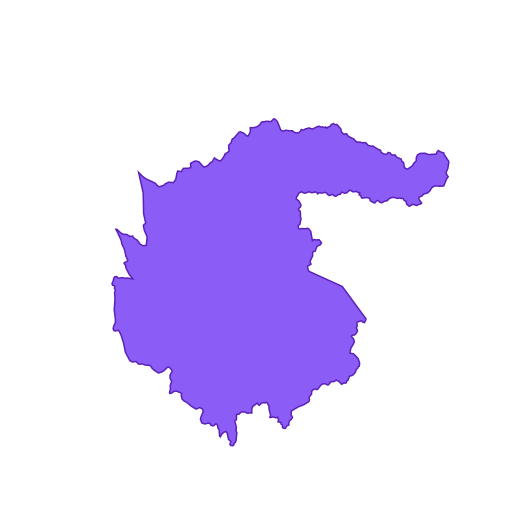 Tarma, Junín, Peru, rotated 28°
{"feature_id": "86281439B39213190692953", "entity_name": "Tarma", "entity_type": "district", "adm_level": 2, "iso_a3": "PER", "parent_name": "Peru", "parent_adm1": "Junín", "projection": "albers", "projection_center": [-75.639, -11.251], "detail": "fine", "context": "isolated", "style": "filled", "palette": "violet", "viewbox_px": 512, "rotation_deg": 28, "n_neighbors": 0, "source": "geoboundaries", "source_scale": "gbopen_adm2", "svg_char_len": 6147}
<svg xmlns="http://www.w3.org/2000/svg" viewBox="0 0 512 512"><g transform="rotate(28 256 256)"><path d="M373.3,76.9L370.5,77.4L367.4,77.3L367.0,79.6L367.4,81.0L367.0,81.5L360.9,85.4L356.7,86.0L352.6,88.5L351.1,90.9L351.4,94.1L352.6,96.3L352.7,97.3L351.8,100.0L351.7,103.2L349.0,108.1L348.4,108.4L345.6,108.3L342.3,104.1L340.3,103.9L338.7,102.3L333.6,102.7L331.5,101.4L329.0,102.8L327.8,102.9L325.9,102.0L324.1,102.5L323.5,105.0L320.6,106.0L317.5,105.6L316.9,104.6L316.1,104.2L312.7,104.5L307.6,104.0L305.8,105.1L303.3,105.7L299.9,104.5L298.8,104.7L297.0,106.1L294.8,106.4L291.9,107.9L290.2,107.8L287.4,106.8L281.6,107.0L278.6,105.6L277.8,105.9L276.8,107.1L274.7,106.9L273.4,106.4L271.1,103.9L265.7,101.9L264.3,102.9L262.2,102.7L261.7,103.8L260.7,104.4L260.7,106.7L259.0,108.5L258.6,109.7L256.8,109.4L256.1,110.6L254.3,110.7L252.7,111.7L250.8,111.8L249.3,113.1L246.4,117.3L242.3,118.2L241.5,119.4L240.1,120.3L238.9,122.6L236.8,122.9L236.5,123.5L236.8,124.5L235.7,127.4L233.3,128.6L230.3,128.8L229.5,128.2L227.3,129.5L223.0,131.1L221.4,133.1L218.6,133.1L212.0,127.4L208.7,126.2L207.3,126.5L206.1,130.3L201.8,132.2L200.5,133.5L198.6,134.5L198.0,135.5L197.6,138.5L196.1,141.6L193.6,143.8L190.7,145.4L192.9,149.6L192.6,153.8L191.3,154.3L187.7,153.3L183.9,153.7L182.9,154.6L181.0,162.9L180.1,163.7L180.8,167.9L180.0,170.4L180.1,171.6L183.0,176.2L180.6,180.9L181.0,182.1L180.7,186.5L179.8,188.9L177.3,189.3L173.2,189.0L173.1,193.3L171.9,195.0L171.0,198.8L168.6,201.9L166.4,201.5L161.5,199.6L158.7,200.2L157.1,201.2L154.7,204.9L156.9,208.6L154.9,210.4L150.7,212.7L150.4,216.6L147.0,217.7L147.3,220.1L149.2,226.0L148.6,230.0L144.1,231.9L141.6,235.6L141.5,236.8L138.2,240.2L136.0,240.2L132.8,239.0L123.1,239.5L119.1,239.1L113.1,237.3L126.8,253.3L136.9,271.4L143.2,278.8L143.2,279.3L142.3,280.6L142.3,282.1L145.4,285.8L150.9,290.2L154.2,298.2L150.8,300.1L148.0,299.9L143.8,297.8L139.9,297.6L137.7,296.3L135.5,297.9L131.9,297.6L128.2,299.2L125.4,299.0L121.0,297.8L119.1,298.3L120.7,298.7L129.5,305.4L132.1,308.5L136.8,312.0L141.4,317.4L144.8,320.0L144.9,320.8L142.8,323.9L142.9,324.4L145.3,325.6L147.0,327.8L152.9,331.9L158.0,334.0L152.4,336.0L150.5,337.3L148.0,337.9L145.5,339.8L144.1,340.2L142.9,339.5L141.1,340.5L140.8,342.2L141.7,345.4L141.8,348.0L143.1,349.1L145.1,348.6L146.5,351.4L147.9,352.0L148.3,354.8L151.5,359.8L156.2,370.3L161.7,378.1L163.2,381.2L163.2,384.3L163.9,387.1L165.2,388.4L166.0,388.5L166.9,388.3L169.3,386.3L170.8,386.8L174.2,389.4L179.8,394.9L186.0,402.4L193.6,407.5L195.3,407.8L196.9,407.4L199.8,405.4L202.7,406.6L204.5,406.0L205.8,404.8L209.6,404.2L214.2,402.3L216.5,403.7L219.3,404.6L224.8,405.1L227.0,403.0L228.7,400.1L230.1,395.8L231.0,395.0L232.0,395.1L235.1,396.2L236.1,397.1L236.0,401.6L237.8,404.6L240.3,406.1L241.1,410.8L242.9,413.6L243.7,417.2L244.6,417.8L245.8,416.8L247.1,414.1L248.9,412.7L253.7,412.2L254.9,412.2L255.4,414.2L257.7,416.9L260.1,417.7L264.2,417.8L269.2,419.0L275.0,419.3L277.4,416.3L279.8,416.2L280.8,416.5L282.4,418.0L282.9,423.5L283.6,426.3L286.5,428.8L289.5,428.4L292.9,425.6L293.7,425.5L295.8,426.6L297.8,426.2L298.6,425.3L299.2,423.1L300.0,422.9L301.5,423.6L303.5,426.1L304.9,426.6L308.5,432.2L309.5,432.3L309.4,429.2L310.7,426.2L311.8,425.1L313.8,426.0L317.8,430.8L320.8,431.6L321.5,434.7L322.7,435.1L324.4,434.5L325.1,433.7L324.7,431.3L325.3,430.2L325.0,428.2L322.0,420.9L320.5,419.8L319.2,416.6L315.0,412.0L314.8,411.3L315.6,409.7L313.2,405.2L315.2,403.6L316.1,401.0L316.8,400.2L319.4,399.0L322.4,398.9L324.6,397.0L326.0,396.7L324.1,393.0L323.7,390.6L326.1,385.3L328.2,386.3L329.1,386.2L329.6,383.9L331.2,382.0L332.9,381.6L333.5,380.3L334.7,380.3L337.7,382.4L339.8,385.6L343.5,389.5L344.0,392.0L345.2,391.4L346.3,390.1L349.5,389.6L350.7,388.2L352.9,390.1L353.2,392.1L356.1,391.3L357.0,392.6L358.9,393.0L359.9,395.1L362.2,394.9L362.8,394.4L363.1,391.1L364.4,389.7L363.6,388.7L362.9,385.9L363.9,383.6L364.0,381.4L361.5,379.7L360.0,376.2L364.2,369.3L368.1,364.8L371.1,359.7L370.6,357.7L369.2,355.7L369.9,351.9L368.7,349.4L369.2,347.1L370.8,345.6L372.7,345.3L373.1,344.6L373.8,339.9L374.7,337.9L377.3,336.2L379.1,336.4L380.1,336.1L381.0,333.9L380.7,332.3L384.0,330.1L385.0,328.0L388.0,327.8L391.8,329.1L393.2,326.9L395.0,326.1L395.0,323.4L395.7,322.0L395.1,320.0L395.1,318.1L397.2,316.1L398.0,313.7L398.3,311.0L397.7,309.5L398.5,307.2L398.2,305.9L398.9,304.8L397.8,301.9L394.3,298.6L390.3,297.2L387.9,296.6L384.4,297.7L383.0,292.5L383.3,288.6L383.1,285.6L381.3,283.6L378.0,282.2L378.2,280.6L379.8,279.8L380.6,278.4L380.9,275.0L380.2,273.7L378.3,272.5L378.2,270.2L376.6,267.9L376.4,266.8L379.4,263.8L381.7,264.3L383.1,263.8L382.9,260.7L382.5,259.8L346.4,242.4L310.0,244.7L308.8,243.9L306.5,241.4L306.7,240.1L308.4,237.6L308.2,237.1L306.6,236.2L306.2,235.0L306.0,229.3L304.6,226.8L304.4,225.7L304.8,224.9L306.0,224.1L305.3,218.8L307.5,216.0L307.7,213.6L304.1,212.0L301.4,213.7L299.4,214.2L298.6,216.0L292.8,208.6L289.5,207.1L288.2,207.5L286.5,209.0L283.7,210.1L282.1,211.6L280.8,211.7L279.0,209.6L279.9,207.2L278.2,201.9L276.4,199.8L275.3,197.5L273.8,195.6L271.8,195.3L271.4,194.3L272.3,191.6L271.7,189.8L267.9,187.2L264.7,186.8L264.1,184.8L264.5,182.5L264.1,180.8L265.9,178.0L269.2,177.9L271.5,175.9L272.2,174.6L275.7,173.9L278.3,171.6L279.9,171.4L281.3,172.2L282.3,170.3L284.4,169.7L287.3,167.3L289.0,167.3L290.3,168.1L292.5,168.2L294.5,165.7L296.9,166.2L298.5,165.8L299.7,163.3L301.5,161.9L301.7,159.5L302.6,159.1L304.5,159.1L306.3,157.9L307.9,153.7L311.6,153.8L314.3,151.9L316.3,152.0L317.9,151.2L318.2,153.5L320.3,153.5L321.7,155.1L322.5,155.1L326.5,152.3L329.3,151.7L331.0,153.6L335.5,153.7L336.2,153.0L336.3,151.6L337.2,149.9L338.5,149.8L340.1,150.4L342.1,150.0L343.4,147.7L345.9,145.5L346.8,142.6L347.8,141.3L350.2,139.5L354.0,138.7L355.4,137.5L357.4,137.0L358.9,136.1L360.8,137.4L362.8,137.3L364.6,139.5L367.9,140.2L370.3,136.7L374.1,136.0L375.3,134.2L376.6,133.2L377.4,131.4L373.7,129.7L372.4,128.2L372.4,127.4L374.3,125.2L375.0,122.5L377.9,119.9L378.9,117.1L379.1,113.6L379.7,112.1L381.2,110.0L386.0,107.9L388.9,106.0L388.1,98.8L388.5,95.8L386.3,94.7L384.6,93.0L384.3,88.7L382.3,82.9L381.6,81.9L375.3,78.5L373.3,77.3L373.3,76.9Z" fill="#8b5cf6" stroke="#5b21b6" stroke-width="1.5"/></g></svg>